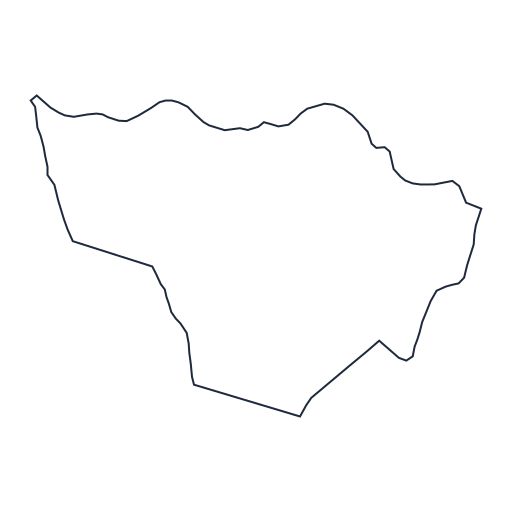 outline of Guaporema, Paraná, Brazil
{"feature_id": "56859067B76921560444099", "entity_name": "Guaporema", "entity_type": "district", "adm_level": 2, "iso_a3": "BRA", "parent_name": "Brazil", "parent_adm1": "Paraná", "projection": "mercator", "projection_center": [-52.831, -23.333], "detail": "fine", "context": "isolated", "style": "outline", "palette": "slate", "viewbox_px": 512, "rotation_deg": 0, "n_neighbors": 0, "source": "geoboundaries", "source_scale": "gbopen_adm2", "svg_char_len": 1398}
<svg xmlns="http://www.w3.org/2000/svg" viewBox="0 0 512 512"><path d="M36.7,95.5L30.7,100.5L35.1,106.8L36.3,116.9L37.4,127.5L40.7,135.9L43.6,146.9L45.2,156.1L47.5,166.8L47.5,175.0L54.4,184.8L58.1,200.1L60.7,208.7L64.0,219.5L67.6,229.5L72.8,241.2L152.3,266.5L156.2,274.2L160.8,284.2L164.8,289.5L166.5,297.1L168.8,303.5L171.3,312.1L175.7,318.5L180.5,323.5L186.7,332.9L188.7,343.6L189.3,352.8L190.8,364.0L192.0,376.8L194.0,384.7L300.0,416.5L306.3,405.1L311.3,397.8L348.6,366.5L367.3,351.0L379.2,340.7L398.8,357.8L406.3,360.6L412.7,356.4L414.6,346.7L417.3,339.6L419.5,332.7L422.2,322.0L426.8,310.7L430.6,301.2L436.6,290.7L445.7,286.6L451.7,284.9L458.6,283.4L464.1,277.7L467.1,265.3L470.4,254.8L473.7,244.5L474.4,234.1L475.9,225.2L478.6,217.0L481.3,208.7L466.1,202.7L459.3,186.2L452.4,180.9L434.3,184.4L420.8,184.5L412.7,183.4L405.2,180.5L400.4,176.6L393.6,169.0L389.7,151.6L384.7,147.2L376.3,147.9L371.6,143.7L367.7,131.8L352.5,115.4L343.4,108.7L333.5,104.7L324.6,103.7L307.2,108.7L300.6,113.6L295.1,119.3L288.5,124.7L278.4,126.4L271.5,124.3L263.9,122.2L258.3,126.8L247.8,130.0L239.9,128.2L224.8,130.2L209.1,125.4L203.4,122.0L195.0,114.4L187.7,106.8L178.2,102.2L171.7,100.5L165.7,100.5L159.5,102.2L151.2,107.9L138.2,115.7L126.7,121.1L118.7,120.7L108.0,117.2L102.6,114.4L96.5,113.6L87.9,114.4L73.8,116.8L64.9,115.4L58.7,112.6L50.5,107.6L36.7,95.5Z" fill="none" stroke="#1e293b" stroke-width="2"/></svg>